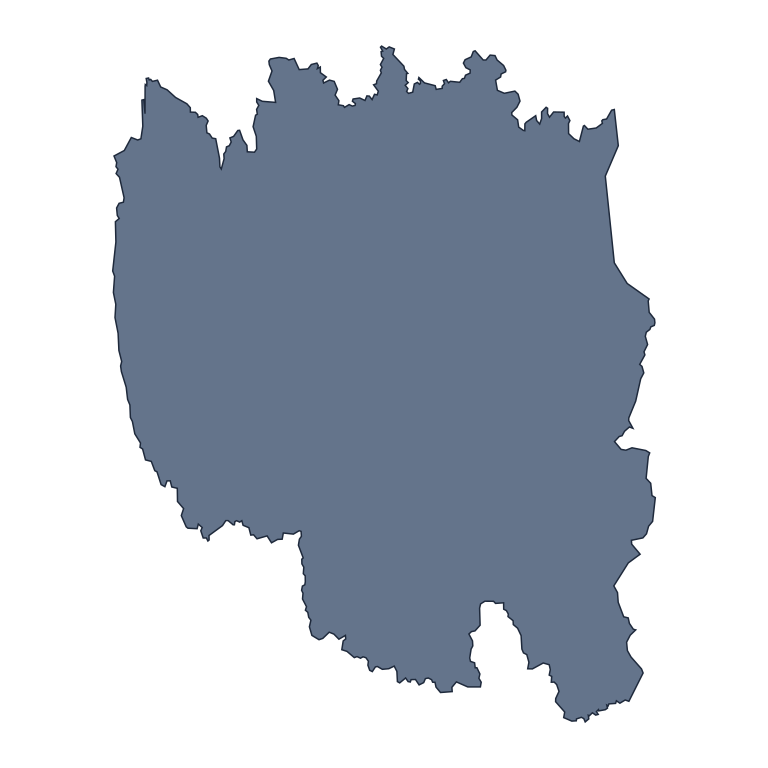 outline of Mindat, Chin, Myanmar
{"feature_id": "60261553B42580025975984", "entity_name": "Mindat", "entity_type": "district", "adm_level": 2, "iso_a3": "MMR", "parent_name": "Myanmar", "parent_adm1": "Chin", "projection": "natural_earth1", "projection_center": [93.412, 21.435], "detail": "fine", "context": "isolated", "style": "filled", "palette": "slate", "viewbox_px": 768, "rotation_deg": 0, "n_neighbors": 0, "source": "geoboundaries", "source_scale": "gbopen_adm2", "svg_char_len": 6011}
<svg xmlns="http://www.w3.org/2000/svg" viewBox="0 0 768 768"><path d="M311.3,64.5L308.0,68.9L299.2,69.6L294.1,58.5L288.8,60.0L286.2,58.3L279.1,57.4L270.4,59.0L268.9,61.1L269.3,64.7L272.0,71.0L268.4,81.2L273.7,90.5L275.6,102.4L262.3,101.3L256.7,98.6L256.7,102.0L258.8,105.4L256.6,109.4L257.3,114.2L255.6,115.2L253.1,126.7L256.3,136.3L256.7,149.0L254.5,152.2L247.3,151.8L246.9,145.4L243.0,139.9L239.6,130.3L237.8,130.5L233.6,136.4L229.9,137.9L231.2,142.0L229.3,145.7L226.5,146.9L225.7,151.5L223.8,154.0L224.1,158.7L221.3,169.0L219.9,166.8L219.5,158.2L215.7,138.7L212.2,138.1L209.5,134.0L206.9,132.8L206.2,125.4L208.1,121.0L206.3,118.2L202.3,115.7L198.1,117.3L197.7,114.5L195.4,112.3L190.4,112.1L190.3,107.7L186.9,103.8L175.6,97.5L167.1,89.8L160.7,87.0L157.5,80.2L152.4,81.4L150.7,79.4L149.2,79.9L148.6,78.0L146.2,78.5L146.9,82.5L146.7,85.6L145.3,84.5L145.1,86.4L145.0,113.7L143.8,99.6L141.9,100.1L142.8,126.2L140.9,138.8L137.7,140.0L131.3,137.5L124.3,150.5L114.0,156.0L116.7,162.6L116.0,166.7L118.0,169.2L116.1,173.6L119.5,177.3L124.1,197.8L123.4,202.2L119.1,203.3L116.6,208.0L117.3,215.5L119.2,218.5L115.4,221.7L115.9,242.0L112.7,271.0L114.6,276.2L113.4,292.5L115.8,304.3L115.0,317.6L118.1,333.3L118.9,350.5L121.7,361.5L120.6,366.0L121.4,371.6L126.2,387.2L127.6,399.4L129.9,405.0L130.4,417.5L132.4,421.5L134.8,433.8L140.5,443.0L140.0,447.3L142.6,449.0L145.5,459.9L151.3,461.4L154.8,470.7L157.0,471.8L161.1,484.6L164.9,486.7L167.0,480.9L170.2,480.8L171.8,487.0L177.3,488.3L177.5,501.5L183.6,508.6L181.3,515.6L186.2,526.8L187.9,528.2L197.1,528.7L198.3,524.1L202.2,527.5L200.8,530.8L203.2,538.0L206.4,538.0L207.9,541.0L209.1,540.0L209.0,535.5L222.5,525.6L225.8,520.6L228.1,520.6L233.1,524.8L234.4,524.8L234.9,521.6L236.6,520.7L239.7,522.1L241.8,520.7L243.1,525.3L248.9,527.7L250.8,535.1L253.6,534.8L257.0,538.8L267.1,535.9L271.5,542.8L277.6,539.4L282.2,539.2L283.3,533.0L293.4,534.1L299.2,530.7L301.1,531.4L301.4,536.3L299.4,539.2L298.4,545.2L303.2,557.9L301.8,559.2L301.9,563.9L303.8,567.2L303.3,573.7L305.2,575.8L305.3,581.8L304.8,584.8L302.4,586.1L301.6,590.3L303.0,593.2L302.5,599.0L306.5,606.7L305.4,610.2L307.8,612.3L308.7,617.3L310.9,620.2L309.4,626.8L311.9,635.4L319.0,639.7L322.8,638.4L329.2,632.2L333.9,634.1L338.9,639.2L345.4,635.4L345.7,639.0L343.2,640.9L341.8,649.7L347.0,651.4L354.3,657.6L357.0,656.6L360.5,658.2L363.0,656.8L365.9,657.7L368.4,661.2L367.9,665.2L369.7,670.3L372.3,671.6L375.4,666.9L377.4,666.5L382.3,669.3L388.8,668.7L394.2,666.1L396.9,671.4L397.4,681.6L399.7,682.9L405.6,678.0L408.1,681.6L410.3,682.0L411.1,679.6L415.5,679.5L419.1,684.9L423.7,682.6L425.4,678.6L428.3,678.0L431.6,679.7L432.6,682.2L435.0,682.3L436.0,687.1L440.5,692.5L452.2,691.6L451.9,687.3L456.4,681.9L467.7,686.9L480.4,686.9L481.2,682.2L478.9,678.3L479.9,674.0L476.9,667.7L475.2,667.8L474.6,662.8L470.5,661.4L469.7,658.0L471.1,649.1L472.8,645.9L472.5,640.9L468.9,634.0L471.5,631.6L475.0,630.9L480.1,625.2L479.6,608.1L480.6,603.9L484.9,601.2L493.6,601.3L495.5,603.4L503.6,602.8L503.7,609.2L506.4,610.6L508.3,614.0L508.0,616.6L513.1,620.7L513.3,624.6L517.6,628.2L521.1,635.6L521.9,649.1L523.5,652.9L526.8,654.6L528.9,662.3L527.7,668.8L532.4,668.9L543.2,663.0L549.2,664.7L550.3,669.6L549.2,675.1L551.7,676.4L551.3,682.2L554.2,682.1L556.7,684.6L559.0,691.4L555.7,698.5L555.6,701.7L564.7,712.0L563.7,717.6L571.8,721.1L576.3,720.8L576.5,718.9L581.4,717.3L583.8,718.6L585.2,721.9L588.8,718.9L588.3,715.3L589.3,715.8L592.4,712.8L595.7,715.1L598.2,714.4L596.4,711.6L598.5,709.6L598.8,710.9L605.3,709.7L607.5,708.1L606.8,705.1L608.2,705.9L608.9,703.9L615.6,703.4L616.4,700.8L619.9,703.2L625.2,700.0L628.9,701.3L643.1,673.0L641.5,668.9L631.0,657.0L627.4,650.6L626.6,642.2L630.2,635.2L635.7,629.9L633.3,629.2L629.4,623.4L628.2,617.9L623.7,616.8L618.2,602.3L617.5,592.6L613.8,585.9L628.3,562.9L640.1,554.2L631.7,544.2L631.4,540.3L642.9,537.9L646.5,533.8L648.6,526.2L652.6,521.4L655.3,497.6L652.0,495.6L650.7,483.3L646.1,478.4L648.3,456.5L649.7,452.9L645.8,450.5L632.0,447.8L625.9,450.2L621.1,449.4L614.5,441.6L619.2,436.5L622.1,435.7L624.5,431.3L629.4,427.0L632.9,428.3L628.7,420.6L628.8,417.9L635.7,401.1L640.7,378.8L643.8,372.9L642.0,366.4L639.7,364.4L644.9,354.9L644.0,351.8L647.6,344.5L645.3,336.3L646.3,332.2L649.9,329.4L650.8,326.9L654.3,325.4L654.9,322.8L654.5,319.1L649.2,312.4L648.2,300.9L649.1,299.0L627.2,283.5L614.3,262.8L605.3,176.1L618.3,145.7L614.3,109.5L611.6,110.2L606.6,119.0L602.8,119.7L601.8,120.9L602.4,123.4L596.2,128.0L587.9,129.2L584.4,125.5L583.4,126.1L579.4,141.5L574.0,138.8L568.6,133.6L568.5,123.5L569.9,120.6L567.5,116.0L565.4,118.1L564.2,116.5L564.1,112.2L553.6,112.0L549.5,117.2L547.5,113.6L547.6,108.3L546.1,107.3L541.6,112.0L541.6,118.6L539.7,124.1L536.6,120.5L535.7,115.7L526.3,122.2L524.9,123.9L524.8,130.7L523.3,130.4L518.7,127.1L517.6,119.8L511.9,115.0L511.7,112.6L516.9,107.3L520.0,101.1L518.1,94.2L514.9,91.1L504.3,93.3L497.4,90.3L495.6,80.1L500.6,77.0L501.1,74.0L505.6,71.8L505.9,70.2L503.6,65.5L497.1,60.0L495.0,55.6L490.1,55.1L486.0,60.0L483.2,60.0L475.1,50.8L473.3,51.5L471.2,56.9L465.1,59.7L463.4,63.1L465.9,67.7L470.2,69.9L470.1,73.1L465.5,75.2L464.4,78.4L462.4,78.7L459.7,82.3L450.4,81.3L448.5,82.8L446.3,79.5L443.4,80.5L444.5,83.7L442.2,86.2L442.2,88.4L436.2,89.4L435.2,85.7L424.5,82.9L418.9,77.5L418.4,79.2L420.4,80.8L420.4,83.5L419.5,84.3L417.4,82.4L414.3,84.0L412.7,92.2L408.5,93.4L406.6,91.5L407.9,88.6L405.2,85.3L408.2,82.6L406.2,80.6L406.5,73.7L407.8,73.4L404.5,69.4L403.9,66.2L392.9,54.5L394.4,49.0L389.2,46.9L386.3,49.0L381.6,46.1L380.5,47.2L382.7,51.2L381.1,51.7L381.5,56.2L383.7,58.4L380.4,64.6L382.0,67.2L380.4,70.3L381.3,72.9L376.7,81.0L376.5,83.7L373.6,84.8L378.3,91.2L377.2,94.9L374.5,94.3L372.1,99.6L369.3,96.1L366.9,95.9L365.0,100.5L359.7,98.0L353.1,99.0L352.4,101.2L355.4,103.6L355.1,105.4L352.4,106.1L349.1,104.6L344.5,107.4L343.4,105.7L338.3,104.8L338.9,100.7L335.1,95.1L337.5,89.3L334.2,81.4L329.5,80.1L323.6,83.0L322.9,80.3L326.3,77.0L320.4,72.7L320.3,67.0L317.4,68.6L318.3,65.6L316.9,63.1L311.3,64.5Z" fill="#64748b" stroke="#1e293b" stroke-width="1.5"/></svg>